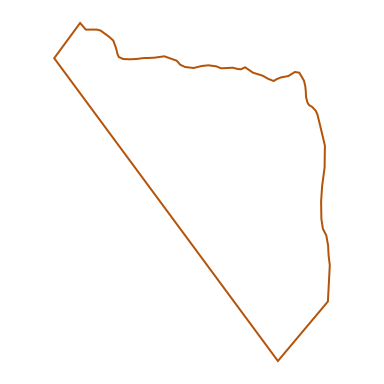 outline of Mataluafata, Tuvalu
{"feature_id": "33948139B35495729479107", "entity_name": "Mataluafata", "entity_type": "district", "adm_level": 2, "iso_a3": "TUV", "parent_name": "Tuvalu", "parent_adm1": "", "projection": "equal_earth", "projection_center": [176.114, -5.671], "detail": "fine", "context": "isolated", "style": "outline", "palette": "amber", "viewbox_px": 384, "rotation_deg": 0, "n_neighbors": 0, "source": "geoboundaries", "source_scale": "gbopen_adm2", "svg_char_len": 856}
<svg xmlns="http://www.w3.org/2000/svg" viewBox="0 0 384 384"><path d="M277.9,361.0L327.9,301.5L329.8,265.2L328.6,255.5L328.1,245.5L326.3,235.5L322.9,228.8L321.4,219.1L321.1,201.5L322.1,186.4L324.6,167.4L324.9,145.7L320.1,125.4L317.4,114.4L315.7,110.7L312.2,107.0L309.0,105.0L307.5,102.7L306.0,96.7L305.8,91.4L305.3,86.4L304.0,80.7L299.3,72.7L294.9,72.0L288.4,76.0L285.0,76.7L281.3,77.3L277.0,79.0L273.6,81.0L267.9,78.7L262.7,75.7L253.0,72.7L245.1,67.3L240.9,69.3L237.9,69.0L232.5,67.7L227.8,68.0L221.1,68.3L216.1,66.3L208.4,65.3L201.7,66.0L193.6,68.0L185.1,67.0L180.2,64.7L176.7,60.7L164.3,56.3L154.4,57.7L147.5,58.0L144.3,58.0L136.1,59.0L129.7,59.3L123.2,59.0L118.8,57.0L117.5,54.0L116.0,48.0L113.3,40.6L108.9,36.6L103.9,33.0L100.7,30.6L97.0,29.6L91.8,29.6L85.8,29.6L80.1,23.0L54.2,58.2L277.9,361.0Z" fill="none" stroke="#b45309" stroke-width="2"/></svg>